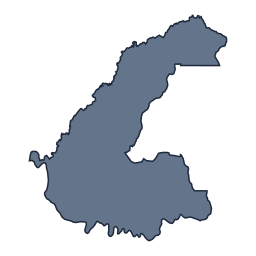 Costa Marques, Rondônia, Brazil (Equal Earth projection)
{"feature_id": "56859067B33157689902000", "entity_name": "Costa Marques", "entity_type": "district", "adm_level": 2, "iso_a3": "BRA", "parent_name": "Brazil", "parent_adm1": "Rondônia", "projection": "equal_earth", "projection_center": [-64.068, -12.086], "detail": "fine", "context": "isolated", "style": "filled", "palette": "slate", "viewbox_px": 256, "rotation_deg": 0, "n_neighbors": 0, "source": "geoboundaries", "source_scale": "gbopen_adm2", "svg_char_len": 5783}
<svg xmlns="http://www.w3.org/2000/svg" viewBox="0 0 256 256"><path d="M201.1,16.6L199.5,17.9L199.1,17.1L199.0,16.0L198.2,15.6L197.6,15.8L196.7,17.7L196.2,18.0L194.3,17.7L193.6,17.2L192.9,15.4L192.3,15.4L191.7,17.0L189.7,17.3L189.3,18.0L189.4,19.6L189.0,20.7L188.4,21.0L187.0,20.8L185.5,21.8L184.6,21.5L183.9,21.7L183.7,21.0L183.1,20.8L181.0,21.8L180.3,21.7L178.5,22.5L177.9,23.5L177.1,24.0L176.5,23.2L175.8,23.4L175.3,24.0L174.5,23.9L172.5,26.4L171.4,25.5L170.9,25.7L169.5,27.6L169.2,28.8L168.0,29.9L167.3,31.6L166.7,32.4L165.9,32.4L165.4,33.0L165.1,34.7L163.5,37.5L162.7,37.4L161.4,36.3L160.8,36.4L159.2,35.2L156.1,37.2L155.4,38.0L154.8,38.1L153.1,37.1L151.1,38.1L150.5,37.8L147.5,39.7L147.1,42.0L145.6,44.0L145.0,43.4L144.8,42.7L144.3,42.4L142.7,42.5L141.8,43.8L140.4,43.8L138.5,45.8L137.2,46.4L137.0,45.7L136.4,45.7L136.2,42.3L135.3,41.7L134.6,41.6L133.1,42.1L132.7,43.3L133.4,43.9L133.9,43.6L134.0,44.6L133.3,46.5L132.9,45.8L132.1,45.4L131.4,46.3L131.5,47.1L130.2,47.2L128.7,48.2L127.7,47.9L126.6,48.2L125.9,49.6L124.0,51.7L122.5,51.2L121.6,51.6L121.4,52.4L122.5,53.7L122.1,55.3L120.3,57.5L120.3,58.7L120.7,59.3L118.8,62.8L118.1,63.6L117.4,62.9L116.8,63.9L117.0,65.1L118.0,66.4L118.0,68.1L117.0,71.2L115.7,71.9L116.4,73.0L116.3,74.1L114.1,76.1L113.8,77.1L114.4,77.3L113.7,79.1L113.6,80.1L112.4,81.8L111.9,82.0L111.6,82.9L111.6,84.0L111.1,83.6L110.6,84.2L109.9,83.8L110.0,85.1L109.3,85.2L108.9,84.3L108.3,85.3L107.8,85.0L107.9,84.1L107.2,83.8L106.7,84.1L106.0,83.4L104.9,83.7L103.3,83.2L102.5,83.5L102.0,84.3L102.7,85.7L101.7,85.4L101.0,86.7L100.4,85.8L98.3,89.4L97.7,89.1L96.5,89.9L95.3,91.6L95.0,92.7L92.5,95.0L92.4,96.0L93.6,97.3L95.0,97.4L95.4,98.1L95.2,99.0L95.7,99.6L95.4,100.6L94.0,101.7L93.2,101.6L92.4,102.9L92.2,104.1L91.6,104.6L88.1,105.7L87.3,105.5L86.3,108.5L85.4,108.4L84.7,108.9L84.5,110.0L83.5,110.4L81.2,108.5L80.4,108.9L76.9,113.2L75.1,115.9L74.7,115.5L74.0,116.1L72.3,119.6L70.7,120.7L70.3,121.3L70.5,122.2L69.7,126.2L70.4,126.4L69.9,127.1L70.0,128.9L69.2,129.9L69.4,132.0L68.6,134.4L68.0,134.4L68.1,133.3L66.9,133.1L66.0,133.1L65.6,134.3L63.4,133.8L62.2,134.8L61.8,133.7L61.4,134.4L61.2,136.8L61.6,138.2L60.6,140.4L60.0,139.6L59.3,140.0L58.2,141.8L57.0,142.4L56.7,144.3L57.1,144.9L58.6,145.6L58.3,146.5L57.7,146.2L57.0,147.5L56.7,150.6L55.5,152.6L55.0,152.9L52.0,152.7L51.5,153.5L51.7,154.4L52.5,154.2L53.1,155.0L53.2,155.8L52.9,156.6L50.5,157.9L49.6,159.1L48.3,157.4L47.7,157.0L47.2,156.1L46.6,155.5L45.8,155.7L45.0,156.3L44.5,157.2L43.9,159.9L43.4,160.2L42.1,159.7L40.2,160.6L39.6,160.5L39.7,159.5L38.8,157.4L38.8,154.6L37.2,152.3L36.3,151.7L34.4,151.3L32.5,151.5L31.4,152.0L30.9,152.8L30.4,154.7L29.4,160.8L32.0,160.5L34.1,161.8L35.1,164.7L37.0,167.3L38.4,167.6L42.1,163.7L44.1,162.8L44.8,162.7L45.9,163.9L46.3,165.5L46.5,168.1L47.1,169.9L47.8,173.6L48.4,180.6L47.9,184.9L46.9,189.5L44.7,192.7L44.6,194.2L44.9,195.4L46.3,197.9L47.3,199.1L48.1,199.2L50.0,200.9L50.9,202.1L54.4,203.9L55.5,206.0L56.9,209.7L58.2,211.4L59.7,212.7L62.1,217.1L64.6,219.2L71.4,221.1L73.4,222.2L76.1,222.5L80.4,221.7L85.4,222.0L86.1,222.7L86.4,224.5L84.8,230.3L85.7,232.5L87.3,233.4L88.7,232.6L90.1,229.8L93.1,227.0L94.7,225.0L96.7,221.6L97.5,221.3L100.0,223.1L101.6,223.1L104.0,225.8L105.4,225.3L106.2,224.2L106.9,223.9L108.3,224.1L108.7,225.0L108.8,230.3L108.3,232.8L108.4,234.4L108.8,235.3L109.8,236.2L110.7,236.3L111.5,236.0L112.5,234.9L113.4,233.1L113.8,228.3L114.4,227.2L115.7,226.7L116.5,226.8L117.8,228.9L118.0,229.9L117.6,232.8L117.8,233.9L119.3,233.5L120.1,232.3L121.7,230.9L122.2,229.1L123.6,228.6L124.1,228.9L124.2,231.5L124.6,232.4L125.4,232.9L126.6,232.9L128.8,230.4L129.6,230.3L131.4,232.1L132.8,235.3L133.5,236.4L134.2,236.7L134.8,236.5L136.9,234.7L137.4,234.9L138.9,237.1L139.8,236.9L140.4,235.9L140.7,233.7L141.8,233.5L144.1,235.6L145.4,237.7L147.2,239.6L148.3,240.4L149.8,240.6L152.3,239.3L155.8,235.5L158.1,235.3L159.6,234.0L160.1,232.7L160.1,231.5L159.6,229.8L159.6,228.0L161.4,224.7L161.7,223.7L161.4,221.3L161.9,219.6L162.6,219.1L163.4,218.9L165.0,219.4L168.7,222.4L170.9,223.3L172.3,223.3L173.3,222.3L175.1,219.3L176.4,219.8L177.9,219.2L179.0,217.8L180.1,215.1L180.8,214.4L181.5,214.8L183.2,216.7L185.3,218.0L189.3,217.1L190.9,217.1L198.8,219.9L200.1,220.8L201.7,219.9L204.3,219.6L206.3,218.8L207.3,217.5L208.1,215.4L210.7,213.7L211.5,208.3L209.7,202.2L209.3,201.4L207.6,199.9L207.4,197.7L206.5,196.5L206.4,195.0L207.0,192.2L207.0,190.8L194.6,190.8L193.0,188.9L192.0,186.6L191.6,184.0L189.9,182.4L189.1,180.1L188.6,175.0L187.9,172.4L188.5,169.4L188.3,167.8L187.9,166.9L186.0,166.0L184.4,164.2L183.1,158.4L181.1,154.9L180.5,154.6L180.5,156.3L178.7,156.5L175.1,155.7L169.5,155.0L168.9,153.0L167.7,152.5L163.1,152.4L158.7,153.2L155.5,158.6L152.7,161.3L146.7,160.7L143.7,158.7L141.8,161.8L135.1,163.1L131.3,161.6L124.9,152.9L126.1,152.1L126.7,152.4L129.1,150.6L129.7,150.6L130.0,148.4L129.9,146.8L130.3,146.0L132.0,146.3L132.5,145.6L132.7,146.3L133.1,145.8L133.9,145.4L134.4,144.7L135.3,142.1L136.1,141.0L136.6,138.8L137.7,138.0L138.0,137.0L138.5,136.5L140.7,130.0L141.8,128.9L142.1,127.2L141.8,124.7L140.9,121.6L141.5,116.0L142.6,112.9L147.6,109.1L149.0,106.0L149.1,104.0L150.3,102.1L155.9,98.3L159.7,97.8L162.0,95.2L163.1,92.1L164.7,91.8L165.9,89.4L166.5,88.9L167.5,86.2L167.7,85.2L167.6,83.6L166.6,79.5L167.0,77.4L169.3,74.1L170.0,74.0L172.1,74.5L172.6,74.0L173.8,73.7L175.2,69.1L174.6,65.3L175.0,64.1L180.8,64.1L180.7,65.5L219.6,65.6L218.5,62.5L215.1,56.9L214.8,55.8L215.7,53.8L215.8,52.6L218.6,50.5L218.9,49.0L220.6,47.3L222.6,46.2L223.9,46.4L225.3,45.2L225.7,43.1L226.4,42.1L226.6,40.8L226.5,38.2L226.1,37.3L223.0,35.6L220.6,33.8L218.1,33.4L216.8,32.6L216.1,31.5L215.2,31.6L212.5,30.3L211.6,30.2L209.1,27.8L206.3,27.8L205.7,25.7L205.2,24.9L205.1,24.0L204.2,22.9L203.0,20.0L202.2,19.4L201.1,16.6Z" fill="#64748b" stroke="#1e293b" stroke-width="1.5"/></svg>